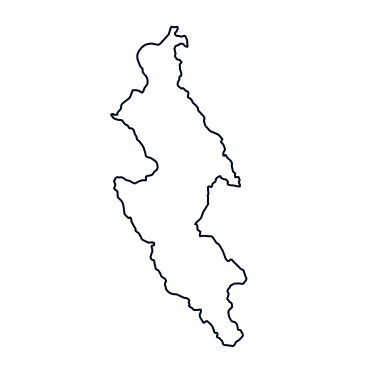 outline of Chiang Mai, rotated 331°
{"feature_id": "THA-390", "entity_name": "Chiang Mai", "entity_type": "Province", "adm_level": 1, "iso_a3": "THA", "parent_name": "Thailand", "parent_adm1": "", "projection": "robinson", "projection_center": [98.763, 18.701], "detail": "fine", "context": "isolated", "style": "outline", "palette": "ink", "viewbox_px": 384, "rotation_deg": 331, "n_neighbors": 0, "source": "natural_earth", "source_scale": "10m", "svg_char_len": 6045}
<svg xmlns="http://www.w3.org/2000/svg" viewBox="0 0 384 384"><g transform="rotate(331 192 192)"><path d="M234.5,47.1L236.8,46.7L247.9,42.9L251.0,40.1L252.2,38.7L254.2,37.5L255.8,39.0L257.0,39.6L259.1,40.3L259.3,40.5L259.4,40.9L258.9,42.0L256.6,43.9L254.3,44.7L253.8,45.1L253.6,46.1L254.0,47.6L254.9,48.4L256.3,49.2L257.2,50.3L258.2,51.1L260.8,51.6L261.4,51.9L261.6,52.2L261.7,52.9L261.4,56.4L260.7,58.4L260.1,59.2L259.0,62.0L258.3,62.7L257.1,61.6L256.5,60.7L256.2,58.7L255.7,57.8L253.4,56.6L251.5,56.9L248.7,56.4L248.0,56.6L246.0,58.3L245.0,62.1L244.7,63.0L244.3,63.5L243.5,64.1L242.8,65.5L243.2,68.4L243.8,69.5L245.0,70.2L245.2,70.6L245.8,73.2L245.7,73.5L245.0,73.9L243.5,74.3L242.6,75.2L242.2,76.6L241.2,78.2L240.3,82.6L239.2,84.8L238.9,85.0L237.5,85.0L236.6,85.5L235.4,87.5L233.1,89.0L232.2,89.9L231.6,90.8L231.3,91.9L231.6,93.5L232.7,96.1L233.0,96.5L234.2,96.7L234.7,97.1L235.7,100.6L236.9,102.0L237.1,102.4L237.1,102.9L236.6,104.1L234.4,107.0L234.6,107.7L235.8,109.4L236.2,110.9L236.3,112.0L236.0,114.1L237.3,117.9L237.9,120.9L237.7,122.0L237.0,123.4L237.1,124.3L238.8,130.9L238.9,131.6L238.8,132.8L238.4,133.9L237.1,135.3L236.8,136.0L235.8,140.4L235.9,141.2L237.3,147.1L237.7,147.8L242.7,154.3L243.2,155.7L244.2,160.4L242.0,161.9L241.6,162.8L242.3,165.4L242.3,166.2L241.9,169.5L241.3,171.1L239.3,172.2L238.3,173.1L237.5,174.2L237.2,175.4L237.6,175.9L238.2,175.9L238.8,175.6L239.4,176.0L239.5,178.4L240.0,180.7L240.7,182.3L241.0,183.7L241.0,185.2L240.8,186.6L239.4,188.5L237.9,193.7L237.9,194.5L238.6,195.9L238.7,196.5L238.7,196.9L237.7,197.9L237.1,199.7L237.2,200.2L237.4,200.4L239.5,201.1L239.8,201.4L240.0,202.1L239.6,204.1L239.1,205.2L238.0,205.7L237.6,206.4L237.4,209.0L237.0,209.7L236.4,210.3L235.8,209.8L234.6,209.2L231.4,206.3L229.9,205.5L227.2,203.2L227.1,202.0L228.3,200.8L228.3,199.1L227.6,197.3L226.2,196.4L224.4,194.0L224.3,193.3L224.5,192.3L224.2,191.8L223.6,191.5L220.5,191.7L219.5,192.1L218.0,193.8L217.1,194.4L215.1,194.5L214.0,194.8L211.7,197.0L211.2,197.0L210.4,196.0L209.7,195.4L208.8,195.3L208.2,195.6L205.2,202.0L204.1,202.6L203.4,204.6L201.0,208.6L200.4,210.3L191.9,215.1L188.2,218.4L186.4,219.5L180.9,220.8L179.4,221.7L180.2,222.7L180.2,224.0L179.8,225.2L179.1,226.4L178.6,227.7L180.1,230.8L177.9,233.5L177.7,234.6L180.9,236.0L186.9,239.8L187.4,240.2L188.1,241.4L188.3,243.0L188.7,248.3L188.9,248.9L189.9,250.2L190.2,251.4L190.4,258.3L189.1,266.6L189.5,268.8L189.8,269.5L190.2,270.0L190.8,270.2L192.9,269.8L193.3,269.9L193.9,270.4L194.7,273.8L195.6,276.6L196.2,278.9L196.7,280.2L197.1,282.2L197.7,283.5L198.6,284.5L198.9,285.2L199.0,286.0L197.8,291.9L197.8,293.7L197.5,294.3L196.2,295.6L194.6,296.0L193.0,296.8L192.3,297.0L191.2,296.6L189.2,295.0L185.6,293.1L184.2,292.6L180.4,292.6L178.4,293.9L176.1,294.7L175.3,295.3L174.7,296.6L174.8,298.1L174.5,299.1L171.7,301.8L171.2,302.3L171.0,303.0L171.4,304.5L171.5,306.1L172.5,307.9L172.6,308.7L172.4,309.9L171.3,312.1L171.0,312.3L168.1,312.9L166.0,314.0L165.2,315.5L164.2,318.4L163.8,321.4L164.1,324.0L164.6,324.9L166.3,326.5L167.0,328.1L167.1,329.5L166.8,331.1L165.5,334.5L165.7,335.1L167.2,336.0L167.5,336.5L167.4,338.1L167.6,339.7L167.1,342.0L166.7,342.5L163.8,343.6L161.4,344.3L157.8,344.5L155.0,346.3L154.2,346.5L152.6,346.4L150.9,344.8L149.4,343.9L148.5,343.0L146.7,342.1L145.6,340.8L145.5,339.8L145.9,338.5L146.0,336.8L145.1,333.2L143.6,331.0L143.6,330.6L144.0,330.0L145.2,329.1L145.5,328.5L145.6,328.0L145.2,327.1L143.8,326.3L143.6,325.9L143.6,325.3L144.4,321.6L144.6,319.2L144.4,317.5L143.0,313.0L142.7,312.4L141.0,311.8L139.7,312.2L139.0,312.1L138.6,311.4L138.4,305.8L138.7,304.1L139.4,303.0L141.9,300.9L142.6,299.1L137.3,296.7L136.2,295.6L136.2,294.6L135.6,293.2L134.6,291.7L134.2,290.3L134.3,289.9L135.2,289.4L135.4,289.0L135.3,288.2L135.5,287.2L136.9,285.8L137.1,285.3L137.1,284.4L136.8,283.8L135.6,282.0L133.8,280.7L129.0,274.1L125.9,272.1L124.1,270.1L123.3,268.9L122.6,267.0L122.3,265.1L122.3,264.1L122.8,262.7L123.4,259.9L124.4,258.5L126.1,257.5L126.4,256.4L126.2,254.6L124.7,252.0L124.3,250.4L124.7,248.4L124.6,244.6L124.2,243.4L123.3,242.4L123.1,241.9L123.1,241.5L124.4,236.9L125.6,233.8L125.4,233.1L124.3,232.1L123.9,231.0L123.9,229.6L124.5,228.4L128.4,224.8L128.8,224.2L129.4,223.0L130.1,220.3L130.5,219.8L131.1,219.6L132.4,220.1L133.1,219.9L133.7,219.3L134.0,218.6L133.9,217.8L133.4,217.4L131.8,216.2L130.1,215.6L129.2,215.0L126.7,211.5L125.3,209.2L125.2,208.6L125.5,206.6L125.5,203.0L125.2,201.5L124.5,200.3L123.9,198.8L123.9,198.3L124.8,196.8L124.8,196.2L124.7,193.7L124.7,189.4L124.8,188.5L125.7,186.2L125.8,184.7L125.4,184.2L124.4,184.2L123.8,183.9L122.6,180.0L122.4,178.3L125.0,171.8L125.9,168.6L126.1,166.7L126.0,165.5L124.7,161.0L124.8,160.0L126.9,155.8L126.9,154.9L125.7,151.8L125.6,151.4L125.9,150.7L127.6,149.4L128.4,148.6L128.8,146.9L129.1,144.7L129.4,144.3L130.4,144.0L131.3,143.1L131.9,142.7L133.6,142.7L134.2,142.9L135.3,144.1L136.8,144.5L137.6,145.1L139.0,146.9L140.1,149.5L142.3,151.5L144.1,154.0L145.1,155.8L145.8,156.5L146.8,156.9L150.4,156.9L153.5,157.4L155.8,158.4L157.0,159.4L157.7,159.1L158.7,156.9L159.4,156.3L160.2,156.2L161.3,156.5L164.0,157.4L165.2,157.6L166.3,157.3L168.7,156.1L171.7,155.6L173.6,154.3L174.3,153.1L174.9,151.3L175.3,149.4L174.9,147.0L172.5,142.4L169.9,139.8L169.2,138.5L169.2,137.7L170.0,135.5L171.2,129.8L171.2,126.8L170.7,124.0L170.7,122.4L169.7,120.5L169.5,119.4L169.5,118.8L170.2,117.1L170.2,113.5L171.0,109.2L170.3,107.5L169.6,106.7L168.5,106.1L168.1,105.5L167.9,102.5L166.5,100.7L165.9,98.4L165.6,95.4L165.1,94.9L162.2,92.9L160.1,90.7L159.4,89.5L159.1,88.5L158.8,86.3L158.9,85.1L159.9,85.0L160.7,85.6L161.4,86.6L162.4,87.4L164.0,88.2L164.3,88.1L164.5,87.4L165.4,86.5L167.3,85.7L169.3,85.2L170.1,84.7L172.4,81.7L174.0,80.9L182.2,79.6L184.0,78.9L189.4,74.3L192.2,75.7L193.5,76.7L194.7,77.9L196.4,80.8L197.9,80.5L201.2,77.8L204.8,76.3L206.0,75.1L207.3,72.8L208.0,70.1L207.9,68.1L207.4,66.1L207.1,63.5L207.3,62.5L208.4,60.6L207.7,56.7L208.7,49.4L210.5,45.7L214.0,42.9L218.0,41.2L221.8,40.6L223.6,40.8L227.4,42.0L229.0,42.8L232.6,46.0L234.5,47.1Z" fill="none" stroke="#020617" stroke-width="2"/></g></svg>